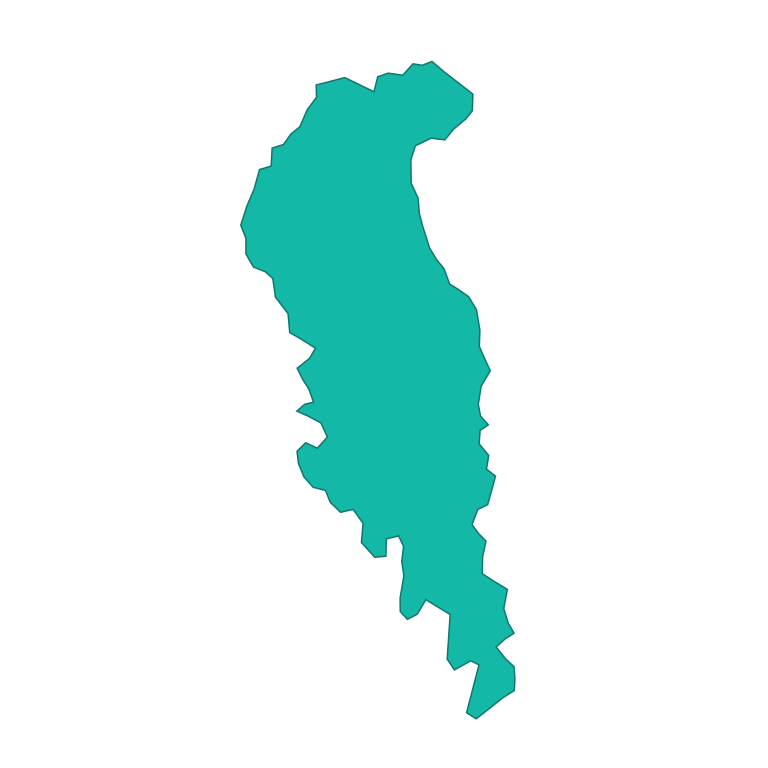 outline of Vista Alegre, Rio Grande do Sul, Brazil, rotated 185°
{"feature_id": "56859067B7058350465037", "entity_name": "Vista Alegre", "entity_type": "district", "adm_level": 2, "iso_a3": "BRA", "parent_name": "Brazil", "parent_adm1": "Rio Grande do Sul", "projection": "equal_earth", "projection_center": [-53.516, -27.316], "detail": "fine", "context": "isolated", "style": "filled", "palette": "teal", "viewbox_px": 768, "rotation_deg": 185, "n_neighbors": 0, "source": "geoboundaries", "source_scale": "gbopen_adm2", "svg_char_len": 1677}
<svg xmlns="http://www.w3.org/2000/svg" viewBox="0 0 768 768"><g transform="rotate(185 384 384)"><path d="M250.5,70.2L238.3,81.8L227.5,90.0L227.9,102.0L229.9,113.8L238.9,120.8L249.4,131.8L241.0,140.8L232.7,147.1L239.5,156.8L245.1,170.8L243.2,190.1L256.3,196.6L269.6,203.6L270.7,220.4L268.7,236.4L276.9,243.4L284.0,251.6L279.7,267.1L270.2,272.9L267.4,287.9L264.9,301.9L274.5,308.2L273.5,321.9L284.0,332.7L284.2,346.2L276.5,352.4L285.0,360.4L288.3,371.9L287.0,390.4L279.3,406.4L285.9,418.0L292.3,429.7L293.2,446.2L298.4,466.2L307.2,478.2L317.3,484.2L327.3,489.2L334.2,504.0L342.2,512.2L350.3,523.2L359.4,545.0L363.7,557.2L366.2,572.0L374.4,586.3L376.8,609.8L373.5,624.0L358.5,633.0L344.7,632.5L337.0,643.8L325.8,655.0L319.8,663.8L320.7,680.5L351.4,700.3L364.3,709.5L373.8,704.8L383.0,705.5L392.2,693.3L406.9,694.0L417.0,689.5L419.5,674.3L449.8,685.8L477.6,676.0L476.2,663.8L484.4,650.5L490.2,633.0L498.6,624.8L505.0,613.8L516.0,609.3L515.4,591.3L526.7,586.8L530.4,566.7L536.2,549.0L540.5,529.7L534.2,517.0L532.9,501.5L524.3,489.2L512.1,485.5L504.0,479.5L499.7,461.0L485.7,445.7L482.4,427.0L470.9,421.7L455.4,413.7L460.3,403.2L471.9,392.2L465.7,381.9L458.4,372.4L452.6,359.7L461.2,356.9L468.5,349.4L456.9,345.4L443.4,339.7L435.8,326.2L444.9,314.2L456.9,318.7L464.8,309.4L462.3,297.4L455.6,284.4L445.5,274.9L433.0,272.9L427.2,261.4L416.1,252.4L403.8,256.4L392.7,243.4L392.7,224.1L378.1,210.6L367.1,212.6L368.2,229.9L356.2,233.9L350.4,224.1L350.8,208.8L347.5,194.6L349.3,172.1L348.0,158.8L340.2,151.6L330.8,157.6L323.5,172.8L298.0,160.1L297.1,115.5L288.9,105.3L273.5,115.8L264.9,112.5L273.1,63.7L263.0,58.5L250.5,70.2Z" fill="#14b8a6" stroke="#0f766e" stroke-width="1.5"/></g></svg>